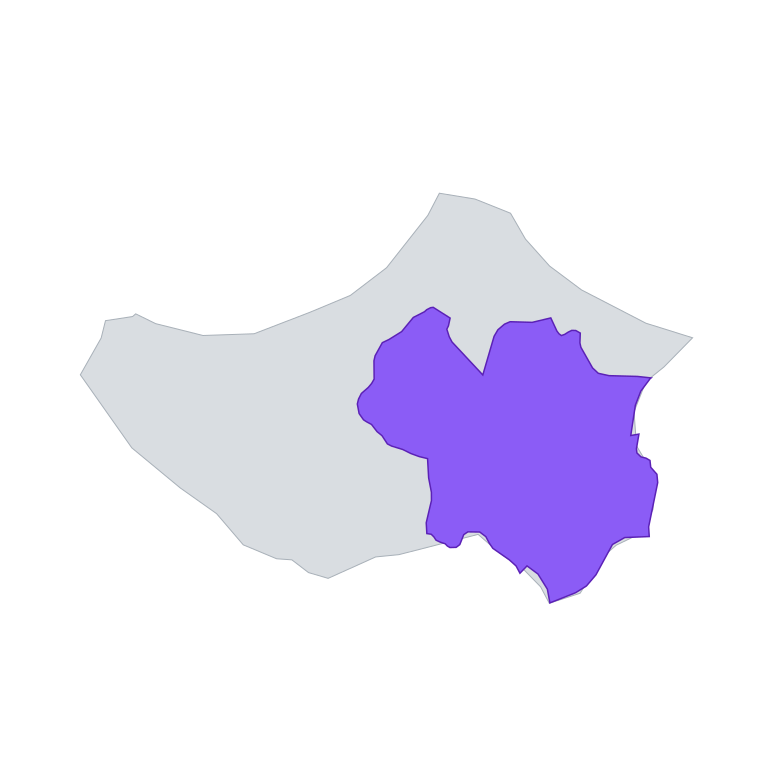 where Luxembourg sits in Luxembourg, rotated 285°
{"feature_id": "LUX-908", "entity_name": "Luxembourg", "entity_type": "District", "adm_level": 1, "iso_a3": "LUX", "parent_name": "Luxembourg", "parent_adm1": "", "projection": "albers", "projection_center": [6.069, 49.636], "detail": "fine", "context": "in_parent", "style": "filled", "palette": "violet", "viewbox_px": 768, "rotation_deg": 285, "n_neighbors": 0, "source": "natural_earth", "source_scale": "10m", "svg_char_len": 2018}
<svg xmlns="http://www.w3.org/2000/svg" viewBox="0 0 768 768"><g transform="rotate(285 384 384)"><path d="M387.5,126.0L383.2,147.8L384.0,196.6L398.9,245.5L433.9,293.6L460.9,328.6L497.0,356.4L558.2,382.7L582.6,388.1L586.2,424.0L581.7,462.0L560.6,483.1L540.8,513.4L526.0,550.4L510.5,621.3L508.5,670.1L472.9,650.0L454.3,636.4L421.9,632.7L389.6,643.9L365.4,668.9L332.2,676.3L304.6,668.8L288.5,650.1L273.9,640.2L232.7,627.6L215.0,600.4L228.6,587.8L240.4,567.9L250.5,539.8L263.1,513.8L223.0,442.5L214.8,420.7L181.8,380.3L182.3,359.9L190.3,340.5L187.4,325.5L192.2,289.7L215.4,255.9L230.9,214.0L257.0,157.0L314.3,88.3L355.2,98.9L373.1,98.6L384.1,123.7L387.5,126.0Z" fill="#d9dde1" stroke="#a8b0b8" stroke-width="1"/><path d="M215.5,600.9L228.1,594.9L240.3,581.9L245.3,569.2L236.4,564.3L242.4,558.7L246.6,550.5L253.4,531.7L257.6,526.8L262.9,521.9L265.8,514.8L262.9,503.3L259.1,500.0L248.5,498.8L244.9,496.0L243.1,490.0L243.9,487.1L245.5,484.5L245.8,479.2L246.6,474.7L249.2,471.8L251.1,468.5L250.6,464.1L260.9,460.7L283.7,460.0L291.7,457.8L304.9,451.4L323.2,445.4L323.0,436.8L323.8,427.9L325.6,419.0L326.0,407.5L327.0,402.8L333.6,395.4L336.2,389.6L341.7,382.4L343.0,376.9L344.1,373.5L349.0,367.6L357.8,363.4L362.9,363.3L369.0,364.6L376.6,369.7L381.3,371.9L386.2,373.2L403.8,368.3L409.0,368.1L423.5,371.7L428.3,377.3L439.2,387.5L455.9,395.1L464.3,404.4L466.8,406.0L469.8,409.3L470.8,411.7L464.8,430.8L456.9,431.2L453.2,430.5L446.5,434.8L442.2,438.8L418.3,477.1L458.6,478.0L465.9,480.0L473.0,484.9L476.8,489.7L481.9,511.2L491.0,528.0L479.9,537.3L477.8,540.0L476.7,542.8L478.8,545.8L481.7,548.4L484.4,551.5L485.3,555.4L484.0,560.4L474.4,562.6L470.4,564.7L453.5,581.3L449.8,588.2L450.3,599.2L456.9,626.8L459.0,640.4L458.1,639.7L443.6,633.9L428.5,632.3L398.1,635.7L401.6,643.2L386.7,644.6L382.9,646.1L380.1,651.1L380.2,656.3L379.0,660.7L372.6,663.2L367.4,671.0L359.6,673.9L314.5,676.6L305.3,679.7L298.0,656.3L288.1,646.2L254.5,638.1L241.3,631.8L232.0,623.1L215.5,600.9Z" fill="#8b5cf6" stroke="#5b21b6" stroke-width="1.5"/></g></svg>